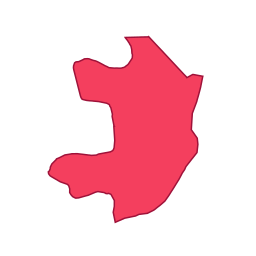 Wuli East, Upper River, Gambia, rotated 111°
{"feature_id": "56634734B89687119950058", "entity_name": "Wuli East", "entity_type": "district", "adm_level": 2, "iso_a3": "GMB", "parent_name": "Gambia", "parent_adm1": "Upper River", "projection": "albers", "projection_center": [-13.986, 13.484], "detail": "fine", "context": "isolated", "style": "filled", "palette": "rose", "viewbox_px": 256, "rotation_deg": 111, "n_neighbors": 0, "source": "geoboundaries", "source_scale": "gbopen_adm2", "svg_char_len": 2339}
<svg xmlns="http://www.w3.org/2000/svg" viewBox="0 0 256 256"><g transform="rotate(111 128 128)"><path d="M44.6,163.0L45.5,161.5L46.6,159.6L47.4,158.6L48.5,157.0L48.9,156.7L50.5,154.6L53.5,152.6L56.8,151.1L58.0,150.1L59.2,149.7L61.3,149.1L62.8,149.4L66.4,150.2L66.9,150.3L67.9,150.5L69.2,151.0L70.1,151.6L70.3,151.8L72.0,152.7L73.2,153.9L73.6,154.6L74.5,155.7L75.3,157.6L76.1,160.1L77.0,162.2L78.5,167.4L78.2,169.6L78.1,172.1L77.9,173.1L77.5,176.4L77.2,178.7L77.0,181.0L77.0,181.5L77.0,182.4L77.3,184.6L77.4,187.2L77.4,189.2L77.8,190.7L78.3,191.8L79.2,193.7L79.6,193.8L82.3,196.4L83.7,197.8L84.9,200.2L85.4,200.6L86.3,201.2L89.4,201.1L91.4,200.5L93.2,199.4L115.1,183.9L116.6,182.6L117.6,181.1L117.5,179.7L117.1,176.6L116.5,174.3L116.4,173.9L115.5,171.0L115.3,170.1L113.8,164.7L112.5,156.8L112.8,153.8L113.9,153.0L115.2,151.3L120.7,147.5L122.8,147.0L131.1,141.8L131.2,141.6L131.4,141.9L144.4,135.9L151.4,133.9L153.3,133.9L154.2,134.1L154.6,134.2L156.5,135.8L158.1,138.3L159.0,139.8L159.9,141.3L162.9,146.2L164.6,147.8L166.7,152.4L167.2,154.6L167.3,154.8L168.8,160.9L169.9,165.1L170.1,166.0L170.9,168.0L172.2,171.2L173.6,173.5L175.8,177.3L180.2,181.3L182.5,183.7L183.1,183.7L188.8,186.2L192.3,186.5L194.0,186.0L196.4,186.1L197.5,186.7L199.2,185.7L200.5,183.7L200.9,181.8L202.5,172.0L202.3,164.1L202.6,163.7L203.4,162.4L205.7,160.6L209.2,159.3L210.8,157.2L211.9,155.1L212.2,152.6L212.2,151.7L210.9,149.0L206.5,143.1L205.1,141.1L202.2,138.1L199.8,135.6L199.6,135.4L198.1,133.3L197.9,132.2L197.8,131.8L196.8,127.0L197.1,125.2L197.0,124.8L196.8,123.9L196.0,122.7L196.0,120.3L196.4,119.7L200.3,115.1L200.5,114.8L206.1,112.7L212.0,111.6L220.6,106.1L213.4,98.8L207.4,89.4L204.7,86.8L204.6,86.6L200.7,79.3L196.0,75.0L195.3,74.4L193.4,73.2L193.1,73.1L190.1,71.3L189.4,70.8L183.1,67.4L176.4,65.7L170.8,64.6L170.1,64.4L157.5,62.0L151.7,61.3L151.1,61.3L146.8,60.3L146.2,60.2L145.6,60.2L143.3,60.1L133.2,57.0L132.4,56.7L132.0,56.6L126.2,54.8L118.2,56.9L112.7,59.7L106.9,68.3L106.6,68.4L106.2,68.5L99.6,70.6L91.3,73.2L79.4,73.3L78.8,73.3L76.3,73.6L72.5,73.9L67.6,74.4L64.1,74.8L53.1,76.7L52.9,76.7L54.7,86.4L54.8,86.7L59.9,91.1L59.3,91.9L57.7,95.4L50.1,111.0L42.8,126.0L41.0,129.8L40.5,130.8L40.1,131.7L39.6,132.7L35.4,141.3L35.5,141.3L36.9,144.7L38.5,148.7L38.6,148.8L44.5,163.1L44.6,163.0Z" fill="#f43f5e" stroke="#9f1239" stroke-width="1.5"/></g></svg>